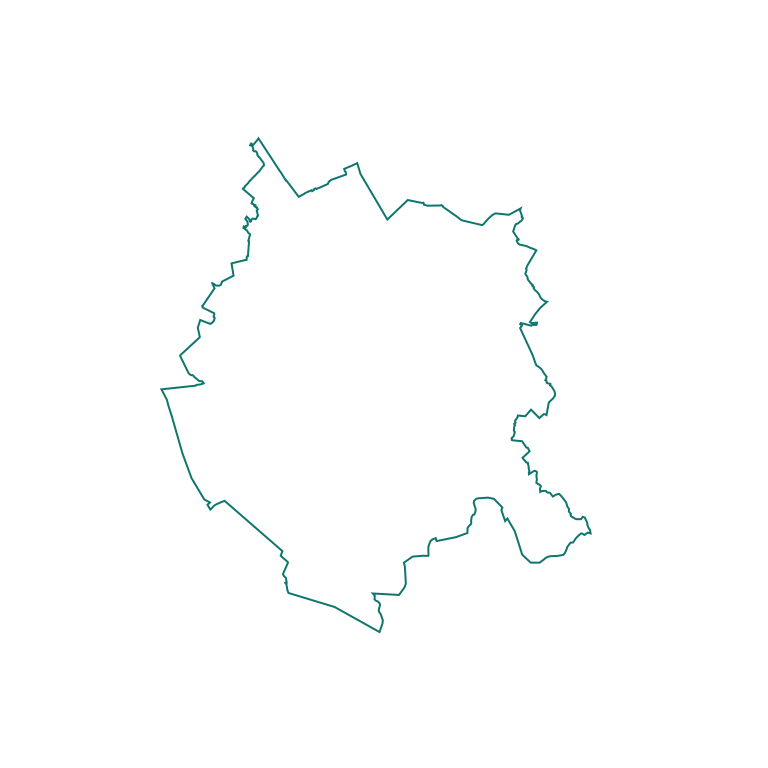 the district of Tierra Blanca, Guanajuato, Mexico, rotated 39°
{"feature_id": "50627088B54720368473271", "entity_name": "Tierra Blanca", "entity_type": "district", "adm_level": 2, "iso_a3": "MEX", "parent_name": "Mexico", "parent_adm1": "Guanajuato", "projection": "orthographic", "projection_center": [-100.168, 21.039], "detail": "fine", "context": "isolated", "style": "outline", "palette": "teal", "viewbox_px": 768, "rotation_deg": 39, "n_neighbors": 0, "source": "geoboundaries", "source_scale": "gbopen_adm2", "svg_char_len": 6153}
<svg xmlns="http://www.w3.org/2000/svg" viewBox="0 0 768 768"><g transform="rotate(39 384 384)"><path d="M129.7,282.7L131.2,282.1L132.3,282.3L133.8,283.1L135.0,284.2L135.3,284.8L136.3,285.0L137.0,284.7L137.6,284.0L138.1,283.8L139.1,284.0L140.4,284.6L141.0,285.2L141.1,285.4L142.2,286.1L142.7,285.9L144.1,286.5L144.8,286.3L151.5,288.1L153.2,289.7L152.9,291.3L153.2,297.3L152.9,299.4L152.6,303.7L152.4,304.2L152.2,306.9L152.1,307.3L152.1,308.4L151.8,311.4L152.0,313.6L151.5,318.1L151.8,319.0L152.0,319.2L151.5,320.1L151.5,321.2L165.9,321.5L166.6,324.6L167.4,327.0L171.3,326.0L171.2,327.3L173.8,327.3L173.7,326.7L173.8,326.7L175.3,327.2L176.1,327.8L175.9,329.3L180.2,332.5L179.9,333.5L180.3,334.3L180.6,336.2L180.5,336.6L177.7,338.2L177.6,338.8L177.7,340.3L178.2,341.1L178.3,341.7L177.9,342.1L177.0,341.9L176.6,341.5L176.6,341.1L175.7,340.7L172.0,340.3L172.3,342.9L175.2,343.6L176.8,344.7L177.8,345.8L178.2,346.5L178.2,347.0L177.1,348.1L177.6,349.0L178.0,349.3L177.5,350.0L177.1,350.1L176.4,350.1L175.9,349.9L175.9,350.1L176.2,350.4L176.6,351.3L178.0,351.0L178.8,351.1L180.9,350.9L183.2,351.9L185.8,352.0L188.5,358.2L189.3,358.0L197.8,370.3L197.2,371.2L199.1,374.1L198.1,375.0L189.6,386.2L198.9,394.5L193.7,406.3L194.7,409.4L194.3,411.0L191.7,413.1L187.5,413.5L187.1,413.8L192.1,416.3L193.8,436.8L193.6,437.7L194.2,437.9L194.6,438.5L195.0,438.6L196.0,438.5L207.5,435.9L208.6,437.1L208.9,438.5L209.5,439.1L210.4,439.1L211.0,439.3L211.5,441.0L212.0,441.6L211.9,442.4L212.0,443.9L211.9,444.7L211.5,445.0L211.4,446.3L211.1,446.7L200.9,449.9L203.9,457.5L211.3,463.4L211.4,463.7L207.6,489.7L207.8,490.4L225.2,498.5L226.9,498.8L228.8,498.4L229.8,497.5L232.9,497.9L238.5,498.0L241.0,496.3L243.5,496.8L243.5,497.0L243.1,497.7L242.3,498.5L242.1,499.3L238.8,502.8L238.6,503.9L214.4,528.2L225.4,533.0L229.7,536.3L239.1,542.4L271.1,564.8L293.7,578.3L316.9,586.8L323.3,585.6L322.8,588.9L328.1,590.9L328.6,585.2L329.3,583.3L332.0,577.9L333.7,575.1L410.2,577.8L411.8,582.5L421.0,582.9L421.8,583.2L425.1,595.3L426.9,596.2L429.7,596.4L433.3,599.5L432.7,599.9L432.4,600.7L434.5,601.3L438.9,605.2L441.3,606.5L485.9,588.4L536.6,579.6L533.5,571.0L531.8,568.4L526.4,565.0L523.9,564.3L522.6,563.5L521.2,561.1L520.1,558.4L519.7,557.9L518.2,557.1L515.9,556.9L514.3,557.5L512.2,557.3L510.0,554.3L507.2,553.8L528.4,538.5L527.9,529.0L526.6,525.4L515.2,512.8L511.9,510.4L514.8,500.2L522.4,492.9L526.5,489.8L526.5,489.2L521.9,483.9L520.6,481.9L519.8,479.3L519.2,477.9L519.0,476.4L519.5,474.1L521.2,471.3L523.7,473.0L536.4,457.6L542.6,447.3L539.6,443.4L539.4,441.8L539.7,438.1L539.3,437.1L537.6,435.3L536.6,433.4L535.9,432.6L535.5,429.6L536.3,428.7L535.4,425.7L533.9,423.4L531.2,421.8L528.6,420.0L527.5,418.1L528.0,415.0L529.3,413.4L536.4,406.8L541.7,404.1L553.7,405.5L554.5,408.1L564.4,414.3L564.5,410.9L578.3,416.1L598.9,429.7L610.4,430.5L617.4,424.9L618.8,419.2L619.2,416.9L621.1,413.7L624.7,410.4L626.3,409.2L630.8,404.1L630.9,401.4L630.0,397.7L629.0,395.5L628.8,389.9L630.7,388.2L630.2,383.6L630.4,380.7L631.1,376.4L632.1,375.5L634.8,375.2L635.8,371.3L638.6,370.1L635.8,367.7L633.9,367.2L630.6,365.5L629.4,364.0L625.2,362.0L624.3,361.4L622.1,362.1L622.2,365.1L620.6,366.3L620.4,366.6L619.9,366.8L619.1,367.7L616.8,368.6L615.7,368.4L615.0,368.8L612.5,369.0L611.1,368.2L610.9,367.2L607.9,366.8L606.5,364.7L603.5,363.8L600.7,361.8L598.3,360.9L591.9,359.5L589.1,359.2L587.0,362.3L586.1,365.2L581.4,364.1L579.1,365.6L577.0,365.2L573.8,368.1L573.4,369.5L571.0,367.1L570.4,365.0L569.7,364.5L567.7,364.4L567.5,364.6L564.6,365.0L562.9,362.0L560.1,359.3L558.4,356.3L557.6,356.1L556.5,356.3L555.5,356.8L553.4,362.9L552.4,361.8L552.0,361.0L551.8,360.1L549.4,358.4L548.8,357.8L548.5,357.1L546.3,355.7L546.1,355.3L545.3,354.6L544.1,355.4L542.0,354.9L539.3,354.6L538.1,354.1L539.5,344.7L536.0,343.1L534.8,343.8L527.5,341.6L526.9,341.8L520.1,346.4L518.7,347.1L518.3,346.9L517.7,346.3L517.6,345.8L517.2,345.5L517.5,344.6L517.5,342.8L516.3,339.7L515.8,339.0L515.4,339.1L515.0,338.7L514.4,338.6L514.1,338.4L513.5,337.3L512.8,336.5L511.9,334.7L511.8,333.5L511.2,333.6L510.6,333.4L510.2,333.0L510.6,331.7L510.6,331.2L509.3,330.6L508.9,329.9L508.8,326.1L508.7,325.8L508.2,325.2L508.0,324.3L508.3,324.3L508.9,323.5L509.8,322.8L510.5,322.7L511.8,321.6L514.1,320.2L514.4,311.4L526.2,312.7L527.1,306.9L528.2,306.2L529.8,305.9L523.7,294.6L524.5,288.5L524.1,285.2L522.1,283.1L520.8,282.2L515.9,280.5L514.0,280.6L513.8,279.8L513.2,279.2L511.0,280.4L509.6,280.6L508.7,279.5L507.0,279.6L506.8,279.2L506.8,277.6L505.8,276.6L505.7,275.9L502.0,275.1L496.8,273.3L492.0,273.4L490.9,273.7L487.4,271.9L485.0,270.2L480.9,267.8L454.6,254.9L454.5,252.3L454.3,251.5L452.2,251.8L451.9,250.5L453.5,250.0L454.8,249.0L457.3,248.1L461.9,245.9L462.2,244.6L464.0,243.1L465.1,242.5L465.0,241.0L464.1,240.1L460.4,243.9L458.5,244.1L457.5,234.9L457.5,226.7L458.9,217.6L457.8,218.1L455.5,218.6L453.0,218.7L451.7,218.5L449.4,217.5L448.7,217.0L447.4,216.6L444.3,216.0L442.7,216.1L440.0,215.4L439.6,214.3L437.5,214.4L437.4,213.7L437.1,213.3L436.0,213.5L433.7,213.2L430.5,212.4L429.5,211.9L428.2,210.6L426.7,210.1L425.1,209.8L424.4,209.3L423.2,205.9L422.5,205.0L421.8,205.0L420.8,201.4L418.3,184.3L415.7,184.8L410.7,186.5L408.0,187.1L401.7,190.3L399.7,190.4L397.3,189.4L396.8,189.0L396.8,188.0L397.8,187.3L397.6,186.8L396.0,186.7L388.4,184.2L386.0,177.8L386.0,176.4L386.4,176.1L386.5,175.6L387.1,175.1L387.5,172.5L388.1,171.1L387.9,168.3L387.3,167.6L387.0,167.4L386.7,167.3L386.3,167.7L385.9,167.6L385.5,166.8L384.9,166.2L380.3,163.4L379.7,161.5L374.6,173.9L363.6,181.0L362.9,182.0L361.9,184.4L361.0,190.0L360.7,197.6L360.2,198.8L341.3,207.9L334.2,208.1L318.5,209.2L317.5,208.7L316.7,208.9L316.1,208.8L315.8,209.5L305.8,217.9L302.3,219.5L300.6,218.3L299.4,219.5L286.7,226.1L283.1,254.1L233.4,235.5L224.2,229.2L221.5,234.8L217.7,241.9L218.3,242.1L218.5,242.4L219.5,243.2L220.8,243.3L222.7,245.1L214.3,258.9L214.1,260.9L213.7,261.5L214.4,263.3L214.5,263.9L208.8,274.9L207.7,275.0L206.9,276.9L207.4,277.2L206.8,279.4L205.6,279.2L202.6,285.2L202.2,286.8L199.9,292.2L184.7,288.4L179.4,287.2L179.4,287.5L170.5,284.4L169.4,284.2L131.8,272.1L132.0,273.4L131.9,280.6L129.4,280.7L129.7,282.7Z" fill="none" stroke="#0f766e" stroke-width="2"/></g></svg>